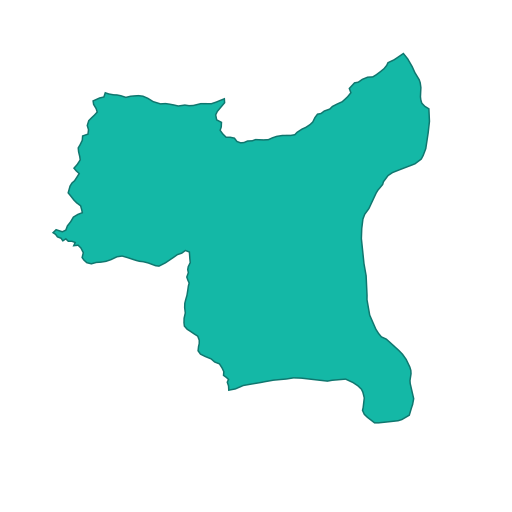 Paulo de Faria, São Paulo, Brazil, rotated 80°
{"feature_id": "56859067B47461388834075", "entity_name": "Paulo de Faria", "entity_type": "district", "adm_level": 2, "iso_a3": "BRA", "parent_name": "Brazil", "parent_adm1": "São Paulo", "projection": "natural_earth1", "projection_center": [-49.477, -20.074], "detail": "fine", "context": "isolated", "style": "filled", "palette": "teal", "viewbox_px": 512, "rotation_deg": 80, "n_neighbors": 0, "source": "geoboundaries", "source_scale": "gbopen_adm2", "svg_char_len": 3399}
<svg xmlns="http://www.w3.org/2000/svg" viewBox="0 0 512 512"><g transform="rotate(80 256 256)"><path d="M439.4,132.7L432.6,129.3L429.5,127.6L423.9,125.5L408.3,126.3L405.4,126.0L398.9,123.8L395.6,123.4L392.1,123.8L383.9,126.1L378.2,128.8L373.9,131.7L360.5,142.1L357.4,146.6L353.5,148.8L348.9,150.7L334.0,154.3L318.3,154.3L314.1,153.5L294.6,151.0L282.1,151.0L278.1,150.7L257.1,149.2L247.3,147.1L238.2,144.3L233.8,141.7L228.9,136.6L214.8,126.7L212.4,124.6L207.6,118.9L205.0,117.6L199.7,112.0L197.5,107.0L195.8,98.7L192.8,83.4L189.2,76.4L186.0,73.9L179.8,70.2L164.7,65.1L153.5,61.8L141.1,60.2L137.9,63.8L134.3,66.2L130.8,66.6L127.7,66.4L118.8,64.4L114.0,64.2L110.7,64.7L103.0,67.7L96.7,69.3L88.2,72.4L82.2,75.7L86.8,86.0L88.5,92.4L91.0,94.2L93.8,97.4L96.4,102.1L98.5,106.3L99.9,109.9L99.3,115.0L100.5,120.6L102.6,125.1L102.6,128.9L105.1,132.2L107.2,135.0L111.7,134.2L115.1,138.1L117.2,141.3L119.1,144.4L120.5,149.9L122.0,154.8L124.1,157.8L125.1,163.6L127.0,167.3L127.0,170.8L129.9,173.9L133.9,176.8L136.0,180.0L138.0,184.6L139.0,188.6L141.3,194.0L143.3,196.7L143.3,200.9L141.9,208.9L141.8,214.8L142.5,219.4L143.6,223.6L143.0,228.5L141.3,236.2L141.9,239.7L141.3,244.4L142.2,248.1L141.9,251.5L139.9,254.9L136.2,256.8L134.6,260.7L133.9,264.8L129.9,267.6L126.0,269.5L122.8,267.8L118.4,266.8L115.1,271.1L110.0,271.2L106.9,269.0L99.6,260.3L95.7,259.9L96.6,264.3L97.5,268.3L98.3,273.6L96.4,283.9L96.9,291.5L96.4,295.7L95.0,299.9L94.8,306.5L93.0,310.7L91.5,314.7L90.2,318.6L89.6,323.7L86.1,330.5L81.9,335.2L79.0,339.6L77.7,343.8L77.2,348.3L76.9,351.8L77.2,356.6L74.7,361.3L73.3,364.9L72.6,368.1L70.9,372.8L69.1,376.1L73.0,378.2L73.2,382.5L74.1,386.0L75.0,389.5L78.5,389.6L83.2,387.8L86.7,387.4L89.2,390.6L91.2,393.7L93.7,397.2L98.2,399.5L102.5,399.0L106.8,400.3L107.7,405.9L111.9,407.0L115.9,409.9L118.7,412.3L122.5,412.6L127.5,412.3L130.8,412.4L134.7,416.0L137.9,420.0L141.0,418.2L144.1,415.8L147.5,418.9L150.4,421.6L152.2,424.6L154.9,427.0L161.2,430.0L164.8,428.0L169.5,425.5L172.6,423.3L176.1,420.0L180.3,419.6L183.2,419.5L184.1,424.2L186.0,429.1L190.1,432.6L193.6,436.5L197.5,438.8L198.5,442.5L195.4,448.3L197.8,451.8L199.9,449.6L202.7,448.2L204.7,444.9L207.5,443.6L206.1,440.3L208.9,438.3L209.5,434.8L211.3,431.7L214.2,433.7L214.5,429.3L217.8,427.0L222.8,425.5L227.3,427.5L230.1,426.2L233.2,423.8L235.1,419.5L234.6,414.4L235.1,409.9L235.2,404.7L234.4,399.5L232.6,393.0L232.8,387.8L235.4,382.5L237.7,378.3L239.7,374.5L241.0,371.6L242.0,368.1L244.2,363.2L248.1,356.6L249.1,353.3L247.0,346.4L243.0,337.4L241.0,333.2L240.3,328.6L238.3,324.6L240.5,320.9L247.1,321.6L251.1,321.9L254.8,324.6L257.6,325.6L260.7,325.5L264.7,327.8L267.9,327.3L271.0,326.5L273.8,327.8L278.1,329.2L282.7,330.8L286.8,332.8L290.2,334.3L294.4,335.2L299.8,335.5L304.8,337.6L309.2,338.5L312.6,338.7L316.2,336.5L318.5,334.0L321.9,330.5L324.8,327.3L329.1,326.5L332.4,327.1L335.2,328.3L339.3,329.5L343.0,327.7L346.1,323.5L349.5,318.1L353.2,315.1L355.9,310.7L360.5,308.8L364.3,307.8L367.9,308.7L370.5,306.2L372.8,304.5L375.3,306.2L379.1,305.6L383.4,306.1L383.3,299.4L381.3,291.0L381.3,283.0L381.4,273.3L381.3,269.0L381.3,260.3L382.4,247.3L382.5,240.2L384.1,232.7L391.6,207.4L391.6,202.4L392.8,189.1L397.5,182.4L401.5,178.2L405.5,175.3L408.7,174.4L414.6,174.0L423.9,176.8L426.5,177.9L430.8,176.8L434.2,174.3L440.9,168.2L441.6,164.1L442.4,152.5L442.9,144.6L442.4,140.8L439.4,132.7Z" fill="#14b8a6" stroke="#0f766e" stroke-width="1.5"/></g></svg>